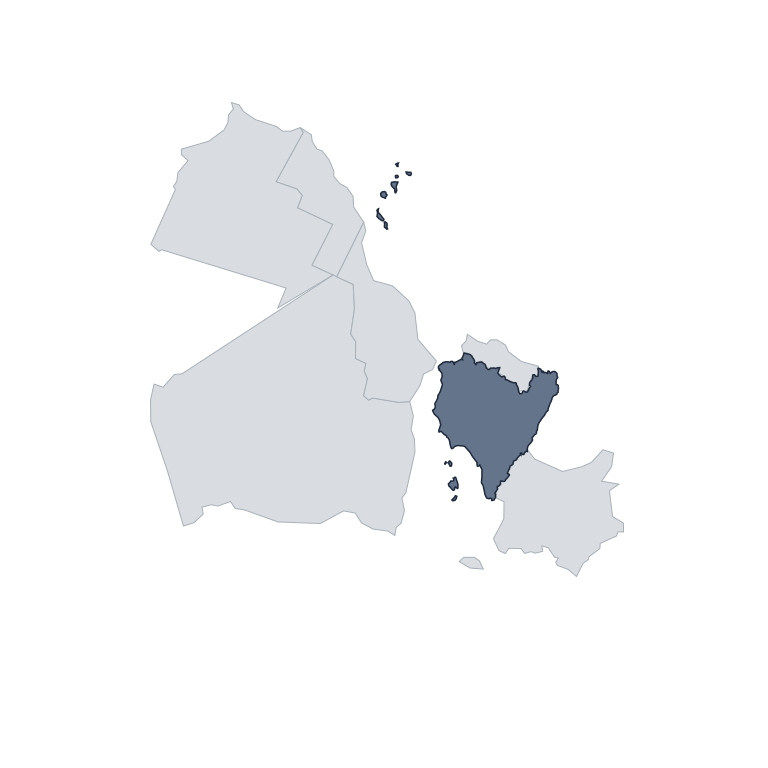 Spain highlighted among its neighbors, rotated 113°
{"feature_id": "ESP", "entity_name": "Spain", "entity_type": "country or territory", "adm_level": 0, "iso_a3": "ESP", "parent_name": "Europe", "parent_adm1": "", "projection": "orthographic", "projection_center": [-5.186, 35.705], "detail": "fine", "context": "with_neighbors", "style": "filled", "palette": "slate", "viewbox_px": 768, "rotation_deg": 113, "n_neighbors": 6, "source": "natural_earth", "source_scale": "50m", "svg_char_len": 9075}
<svg xmlns="http://www.w3.org/2000/svg" viewBox="0 0 768 768"><g transform="rotate(113 384 384)"><path d="M303.9,469.4L302.9,496.8L257.2,493.6L255.7,532.5L242.4,532.9L238.5,540.4L240.0,562.4L184.2,556.7L180.7,561.3L183.0,548.2L188.8,544.8L194.0,537.5L193.5,532.2L199.1,522.1L207.6,513.3L212.5,511.4L216.8,502.9L217.7,494.8L223.4,485.8L232.9,481.1L243.1,465.8L303.9,469.4Z" fill="#d9dde1" stroke="#a8b0b8" stroke-width="1"/><path d="M465.9,127.3L471.2,130.7L486.0,131.6L482.7,142.5L483.3,153.4L480.9,156.3L476.0,155.5L476.9,159.3L470.6,168.7L471.4,175.5L476.1,172.6L480.7,178.8L480.9,183.1L485.0,188.4L481.9,193.5L486.5,204.9L492.7,206.1L492.5,212.9L483.7,222.8L461.3,221.0L445.5,227.5L445.1,236.9L432.1,239.9L418.8,233.8L414.9,237.3L393.6,231.3L388.8,225.5L394.2,216.1L394.8,185.5L383.1,169.9L375.1,162.4L359.0,156.8L357.9,145.7L371.1,142.2L388.4,145.7L384.4,128.7L394.2,134.8L416.7,121.8L418.5,109.3L426.6,105.7L428.6,110.8L433.2,110.7L446.2,122.7L451.1,121.0L463.1,127.9L465.9,127.3ZM509.5,227.1L515.6,220.3L519.8,233.0L518.1,245.4L512.5,243.0L508.2,233.1L509.5,227.1Z" fill="#d9dde1" stroke="#a8b0b8" stroke-width="1"/><path d="M180.7,561.3L184.2,556.7L240.0,562.4L238.5,540.4L242.4,532.9L255.7,532.5L257.2,493.6L302.9,496.8L303.6,473.5L355.5,511.5L333.9,511.6L347.3,641.2L349.9,643.0L346.5,653.2L286.5,652.0L284.2,655.1L278.4,653.9L269.9,656.3L254.9,651.7L252.1,660.1L247.0,662.3L229.0,640.2L212.6,630.5L204.3,629.8L197.0,632.3L189.8,630.2L184.5,634.3L183.7,626.3L188.2,619.5L190.9,605.9L189.0,583.5L190.9,576.2L187.7,568.7L180.7,561.3Z" fill="#d9dde1" stroke="#a8b0b8" stroke-width="1"/><path d="M303.6,473.5L304.3,451.3L326.5,440.5L351.0,434.2L356.2,426.5L371.7,420.2L372.1,408.7L379.8,407.2L385.6,401.3L402.7,398.2L404.9,392.0L401.3,388.9L395.2,363.2L390.1,353.5L401.9,344.5L415.4,341.2L422.9,334.4L434.6,328.9L475.5,321.4L481.9,323.0L492.7,315.6L505.7,313.9L511.1,316.8L519.2,314.8L517.9,323.0L521.8,337.4L520.6,350.5L514.0,360.1L516.6,371.6L537.3,388.1L552.4,427.7L554.4,462.9L556.7,472.3L552.1,479.5L561.3,489.3L562.6,495.7L568.4,503.4L574.4,499.6L586.0,504.7L593.1,513.1L548.7,549.3L509.9,583.9L489.9,592.7L473.9,595.6L473.3,586.1L457.2,580.7L453.5,573.9L303.6,473.5Z" fill="#d9dde1" stroke="#a8b0b8" stroke-width="1"/><path d="M307.3,249.0L316.4,243.2L319.0,250.8L334.6,249.7L337.8,257.5L332.3,261.6L331.9,273.7L329.9,276.0L329.3,283.3L324.1,284.4L328.7,293.8L325.1,304.0L329.2,308.7L322.8,318.6L323.7,323.7L318.6,327.6L312.1,325.3L305.7,326.7L308.0,314.7L307.2,305.1L301.9,303.4L299.2,297.4L300.7,287.3L305.7,281.9L309.6,266.5L307.3,249.0Z" fill="#d9dde1" stroke="#a8b0b8" stroke-width="1"/><path d="M250.1,460.6L262.9,459.8L281.1,446.3L292.9,433.9L290.3,414.5L297.9,393.4L306.7,383.2L329.6,370.3L342.4,344.8L351.7,344.9L359.3,351.5L371.4,350.3L390.1,353.5L395.2,363.2L401.3,388.9L404.9,392.0L402.7,398.2L385.6,401.3L379.8,407.2L372.1,408.7L371.7,420.2L356.2,426.5L351.0,434.2L326.5,440.5L304.3,451.3L303.9,469.4L243.1,465.8L250.1,460.6Z" fill="#d9dde1" stroke="#a8b0b8" stroke-width="1"/><path d="M390.1,225.7L390.1,226.2L390.6,227.0L391.0,227.2L392.0,227.6L393.8,227.7L394.5,228.1L394.6,228.8L394.4,229.5L393.8,230.7L394.1,231.0L394.4,231.3L395.1,231.2L395.6,230.3L395.9,230.2L395.8,230.5L396.0,230.8L397.3,231.4L400.1,232.4L402.1,232.4L402.3,232.9L404.2,234.5L405.4,234.4L406.3,234.3L407.0,233.9L407.4,233.9L408.5,234.5L409.3,235.0L410.0,235.7L410.5,235.9L413.2,235.3L413.9,235.7L415.2,235.5L416.8,235.6L418.1,235.5L418.2,235.3L418.2,233.7L418.4,233.2L418.7,233.0L419.5,233.1L422.3,233.8L424.7,234.7L425.6,234.7L426.3,234.9L427.3,236.3L427.2,237.1L427.4,237.8L427.5,238.4L427.7,238.7L428.7,238.6L430.6,237.5L432.4,238.1L433.2,238.5L433.9,239.5L434.5,239.6L435.2,239.0L436.3,238.4L440.6,239.2L441.5,239.2L441.7,238.4L442.0,238.1L443.3,237.7L444.1,237.2L445.0,237.0L447.1,237.4L447.8,237.3L448.2,238.2L448.8,238.6L449.1,239.4L448.1,239.9L447.5,240.0L447.5,241.5L447.8,241.9L448.4,242.2L448.6,242.6L448.9,244.8L447.9,246.1L446.4,247.7L438.8,253.0L437.1,255.4L436.4,255.9L430.6,257.8L426.5,259.6L424.5,260.3L422.2,263.1L421.1,264.2L422.0,264.4L423.2,265.6L422.9,266.2L421.3,267.2L420.6,267.5L420.2,267.4L419.9,267.5L417.4,272.2L415.2,275.6L413.9,277.1L412.7,279.4L410.0,285.0L410.0,286.6L411.8,292.0L412.8,293.4L414.0,294.6L416.4,295.5L417.0,296.5L416.3,297.5L414.1,299.3L410.2,301.9L408.6,303.8L408.3,305.6L407.2,306.4L406.9,308.9L406.2,310.6L406.1,311.1L405.4,312.4L405.4,313.3L406.7,314.5L406.1,315.1L405.5,315.4L399.3,315.9L395.5,318.8L393.7,321.2L392.1,325.8L390.0,328.4L389.1,329.0L387.6,327.9L385.8,327.7L384.0,328.2L383.1,329.1L381.7,329.6L380.2,329.2L377.1,329.1L375.8,329.1L373.7,329.9L371.8,329.5L368.7,329.3L362.0,329.9L361.2,330.2L360.3,331.3L358.2,333.2L354.9,333.3L352.0,334.5L351.2,335.3L350.0,337.5L349.6,339.0L349.3,339.0L349.0,338.6L348.6,338.8L348.3,340.0L347.2,340.5L346.3,340.7L344.0,339.7L342.1,338.3L341.1,338.1L339.5,335.9L338.8,334.4L338.3,332.9L338.4,332.3L338.3,331.8L336.9,331.1L336.5,329.7L337.6,327.9L338.5,327.1L339.0,326.9L337.7,326.9L336.7,328.1L335.6,326.2L330.8,322.4L331.1,321.5L331.0,321.1L330.2,322.0L329.7,322.3L327.2,322.1L324.3,322.5L323.3,317.1L323.3,316.1L324.0,313.9L324.9,313.1L326.0,311.2L327.3,309.7L329.3,309.1L329.8,308.0L330.2,306.9L329.9,306.8L328.3,307.0L325.5,302.7L325.7,302.0L326.0,301.0L326.3,299.7L326.4,298.7L327.2,297.8L328.3,297.0L329.3,295.8L329.8,294.5L329.9,293.4L329.4,292.7L327.9,292.2L326.3,289.0L326.0,287.0L324.7,285.9L323.7,283.9L324.7,283.7L328.7,283.7L329.7,283.2L330.4,281.9L331.2,279.8L331.4,278.5L331.2,278.0L329.9,276.6L329.9,276.2L330.1,275.6L332.0,274.2L332.6,273.5L332.4,273.0L332.1,272.5L332.1,272.0L332.3,271.4L332.4,269.3L332.5,268.7L332.4,266.8L332.2,265.2L331.4,263.2L331.5,262.8L331.9,262.4L333.2,261.7L334.2,260.1L335.7,258.7L337.6,257.6L338.9,256.4L339.5,255.5L339.9,255.2L339.5,254.2L338.8,253.5L337.8,253.2L336.7,253.2L336.1,253.0L335.9,252.5L336.0,251.2L335.9,249.9L335.7,249.3L335.2,248.8L334.2,248.9L333.4,248.6L332.8,248.5L332.4,248.8L330.5,248.6L329.1,248.1L328.8,248.3L328.6,248.5L328.4,249.4L327.7,249.9L326.1,250.4L324.9,250.3L323.7,249.9L322.8,249.4L320.4,249.6L320.2,249.4L318.1,250.4L317.4,250.5L317.2,250.3L316.7,249.1L316.8,248.7L317.8,247.3L317.7,246.9L317.3,246.5L317.0,245.8L316.9,245.5L316.3,245.4L315.7,245.7L312.5,246.6L311.4,247.2L310.3,248.2L309.4,248.4L309.1,248.1L309.1,245.6L310.5,244.1L311.5,243.1L311.1,242.9L310.1,242.9L310.2,242.1L310.7,241.8L311.2,241.0L310.6,240.6L310.3,240.0L310.3,238.6L310.5,238.0L310.4,237.4L308.3,238.2L307.8,238.0L307.8,237.0L309.0,235.4L309.2,234.9L307.9,234.6L306.9,233.8L306.4,233.1L305.8,232.0L305.8,231.1L306.6,229.0L308.4,228.1L310.1,226.7L312.5,227.1L313.9,226.8L315.3,226.1L316.0,225.9L317.2,225.3L317.2,224.4L316.9,223.8L317.2,223.2L320.1,221.5L321.8,221.3L323.6,220.5L324.8,221.1L325.8,220.9L326.9,221.6L328.4,223.2L330.7,223.9L332.5,223.5L335.7,223.4L337.3,223.6L340.1,223.3L341.7,223.4L344.4,222.7L346.4,223.7L350.3,224.1L352.7,224.9L359.3,226.2L361.6,226.2L365.0,225.4L366.4,224.8L367.7,225.2L369.6,224.5L370.5,224.6L371.7,225.5L376.0,226.7L377.0,225.6L377.9,225.3L380.9,225.9L384.0,227.1L385.6,227.2L387.9,226.7L390.1,225.7ZM450.9,278.1L452.1,278.5L453.3,277.9L453.9,278.0L454.6,278.2L454.8,279.2L454.4,280.3L453.7,281.5L453.1,282.7L452.7,284.2L451.7,285.1L450.8,285.7L448.6,284.8L447.4,284.7L447.0,284.3L446.6,282.8L446.0,282.3L445.2,282.2L444.5,282.6L443.7,283.5L443.2,282.7L442.4,282.6L442.0,282.2L442.0,281.5L446.6,277.4L447.9,276.5L450.8,275.3L451.3,275.4L451.0,276.0L451.4,276.5L451.4,276.9L451.0,277.3L450.9,278.1ZM200.3,450.6L198.9,454.0L197.7,455.2L197.0,455.6L195.4,455.8L193.8,453.4L193.1,451.1L192.6,450.3L193.5,449.9L194.7,450.1L197.4,449.9L197.9,449.8L200.8,447.9L203.4,447.9L203.4,448.7L200.3,450.6ZM228.9,456.8L226.9,458.4L225.1,457.8L224.8,457.5L226.7,457.2L228.4,456.1L229.7,453.2L231.6,450.1L232.1,448.8L232.8,448.3L233.7,448.4L234.1,448.5L234.4,449.3L234.3,450.9L233.6,453.5L232.6,455.9L228.9,456.8ZM212.6,455.5L212.4,456.7L212.6,457.9L212.4,459.7L211.6,460.7L209.9,461.5L208.6,461.1L207.9,460.7L206.7,458.9L206.8,457.3L208.1,456.4L208.8,455.0L211.8,455.6L212.4,455.3L212.6,455.5ZM236.2,446.0L235.2,446.9L234.2,446.5L234.8,444.3L235.4,443.7L237.3,442.9L238.9,442.6L239.4,441.6L239.9,441.3L240.4,441.9L240.0,442.6L239.5,444.8L238.4,445.4L236.2,446.0ZM464.4,276.0L464.2,276.2L460.4,274.8L459.2,274.7L458.9,274.5L458.9,273.1L461.3,272.7L463.3,273.2L464.5,274.8L464.6,275.1L464.4,276.0ZM180.4,446.4L180.1,446.5L179.9,445.2L178.7,442.0L179.8,440.9L181.5,441.0L182.1,442.1L182.2,443.0L181.9,443.6L181.8,444.7L181.6,445.4L180.4,446.4ZM431.8,293.1L431.4,294.1L429.6,293.8L429.1,293.5L429.5,292.4L430.0,292.2L430.0,291.5L430.5,290.6L433.0,289.9L433.6,290.3L433.8,291.1L432.4,292.8L431.8,293.1ZM188.4,454.7L187.8,454.8L187.2,454.3L186.7,453.0L187.2,452.2L187.7,451.8L188.3,452.0L189.3,452.8L189.6,453.5L189.6,453.9L188.4,454.7ZM178.6,456.8L177.1,459.1L175.5,457.9L175.2,457.6L174.9,457.0L176.5,457.1L178.2,456.1L178.6,456.8ZM433.9,296.8L433.6,297.0L432.8,296.9L431.6,296.9L431.5,296.3L431.9,295.4L432.6,296.2L433.8,296.3L433.9,296.8Z" fill="#64748b" stroke="#1e293b" stroke-width="1.5"/></g></svg>